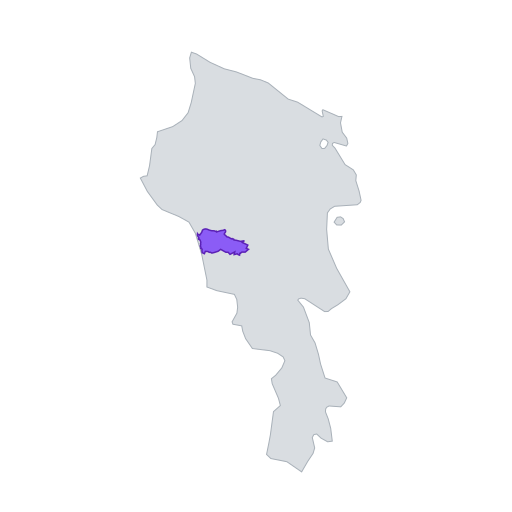 location of Artashat, Ararat, Armenia, rotated 32°
{"feature_id": "60910142B11661683743390", "entity_name": "Artashat", "entity_type": "district", "adm_level": 2, "iso_a3": "ARM", "parent_name": "Armenia", "parent_adm1": "Ararat", "projection": "mercator", "projection_center": [44.574, 40.021], "detail": "fine", "context": "in_parent", "style": "filled", "palette": "violet", "viewbox_px": 512, "rotation_deg": 32, "n_neighbors": 0, "source": "geoboundaries", "source_scale": "gbopen_adm2", "svg_char_len": 3730}
<svg xmlns="http://www.w3.org/2000/svg" viewBox="0 0 512 512"><g transform="rotate(32 256 256)"><path d="M230.8,308.3L227.2,302.5L209.2,283.5L192.6,268.9L181.2,262.8L169.6,263.4L151.8,266.4L145.2,265.1L129.6,258.8L116.6,251.2L118.4,248.0L121.2,245.7L117.9,235.9L110.7,220.0L111.4,215.0L109.1,208.1L106.6,202.8L116.8,190.4L121.5,180.3L122.5,170.5L119.8,160.3L113.1,141.8L108.9,136.5L101.2,131.4L94.8,123.2L93.2,117.4L98.6,116.2L114.5,116.1L129.8,114.1L141.8,110.3L159.2,107.0L166.4,104.2L174.7,102.8L200.2,105.9L209.7,103.5L238.3,103.1L239.1,101.9L235.2,97.9L235.2,96.5L252.2,94.0L254.9,92.1L257.1,98.3L263.5,105.3L270.5,108.0L274.3,111.9L274.4,114.8L262.1,118.3L261.2,120.0L262.0,121.7L265.7,122.6L283.1,131.3L292.9,131.4L298.1,134.1L300.7,139.2L309.0,146.3L315.6,153.1L316.0,155.4L314.7,158.9L296.3,172.2L294.0,176.8L293.7,181.6L301.8,196.0L313.7,211.8L330.9,223.7L354.6,236.6L354.9,244.6L351.2,254.1L347.9,260.6L346.5,264.9L343.6,266.8L320.0,266.4L316.5,267.9L314.9,269.8L314.8,271.3L323.3,274.2L336.5,284.3L344.1,294.1L352.1,298.4L361.0,306.2L368.1,313.5L379.2,322.9L391.6,319.8L408.1,328.2L408.8,333.9L407.8,339.0L397.4,344.5L396.1,346.8L396.1,348.7L397.5,351.4L403.6,355.9L410.7,362.6L418.8,372.6L415.2,375.6L407.7,376.0L401.8,374.8L399.7,376.8L399.9,380.1L407.5,387.7L409.0,393.2L408.7,402.8L409.1,414.9L391.2,414.1L375.9,419.9L370.1,418.7L366.3,408.5L363.0,400.1L353.3,378.7L355.9,369.9L350.5,364.8L337.4,355.7L334.1,351.9L335.9,346.7L337.2,337.2L336.0,329.5L332.5,327.2L325.9,327.0L318.0,328.9L302.0,336.4L291.0,331.6L284.6,326.8L280.9,322.8L272.6,326.1L270.6,324.5L270.1,314.6L267.6,309.2L262.7,303.0L258.0,300.0L241.0,306.2L230.8,308.3ZM257.2,128.4L257.7,124.7L256.9,121.4L254.2,120.4L250.8,121.2L250.5,124.9L251.5,128.4L255.0,129.9L257.2,128.4ZM311.9,184.6L308.0,186.9L304.3,185.9L304.3,180.2L307.0,178.0L310.1,178.1L313.0,180.1L311.9,184.6Z" fill="#d9dde1" stroke="#a8b0b8" stroke-width="1"/><path d="M215.5,250.3L214.5,251.7L212.7,253.1L209.8,256.5L209.1,256.0L208.6,256.6L207.2,256.8L204.9,258.1L204.3,258.3L202.6,258.8L200.6,259.1L199.4,259.5L198.3,260.2L197.3,261.4L196.9,262.5L197.2,263.7L197.4,264.7L197.2,268.1L196.5,267.9L195.5,268.5L194.6,268.1L194.7,268.3L194.8,268.4L194.8,268.5L195.0,268.8L195.0,269.0L195.3,269.3L195.5,269.6L195.9,269.8L196.1,269.9L196.3,270.1L196.7,270.3L197.0,270.4L197.9,270.9L198.0,271.1L198.0,271.4L198.0,271.7L198.0,271.9L198.2,272.1L198.4,272.2L198.7,272.3L198.9,272.2L199.1,272.1L199.2,271.9L199.5,271.9L199.8,272.0L200.1,272.3L200.5,272.4L200.6,272.6L201.0,272.8L201.3,273.0L201.5,273.2L201.7,273.4L201.9,273.7L202.1,273.9L202.2,274.1L202.3,274.3L202.3,274.5L202.4,274.8L202.4,275.0L202.5,275.2L202.8,275.4L203.0,275.5L203.2,275.8L203.3,276.1L203.3,276.4L203.3,276.6L203.3,276.8L203.6,277.1L203.7,277.3L203.9,277.5L204.2,277.6L204.5,277.6L204.7,277.8L204.9,278.1L205.0,278.5L205.1,278.8L205.2,279.0L205.4,279.0L205.5,278.9L205.8,278.8L206.0,278.8L206.4,278.7L206.7,278.8L206.9,279.1L207.0,279.5L207.1,279.8L207.3,280.1L207.4,280.4L207.6,280.6L207.8,280.8L208.0,280.9L208.5,281.7L211.0,281.4L210.6,278.9L213.0,277.6L214.3,277.7L215.4,277.0L217.0,276.9L218.8,275.1L221.4,272.0L222.5,269.1L228.4,268.8L230.4,267.6L233.1,268.4L235.8,263.8L236.3,265.6L236.7,266.4L238.9,264.1L240.2,264.3L241.6,264.0L240.9,262.6L241.0,261.9L241.4,261.9L241.9,260.2L244.8,258.4L246.1,254.3L243.7,254.7L243.3,251.1L239.6,251.5L237.6,251.8L237.0,251.7L238.1,249.2L235.9,251.1L235.4,251.6L234.2,252.1L231.0,253.1L228.9,254.1L228.4,253.6L227.7,253.6L226.9,254.1L226.5,253.9L225.9,254.5L222.6,254.6L221.3,255.2L220.8,255.0L220.0,254.9L219.2,254.6L218.1,254.6L217.5,254.3L217.3,253.7L217.4,251.7L217.2,251.2L216.6,250.5L216.0,250.3L215.5,250.3Z" fill="#8b5cf6" stroke="#5b21b6" stroke-width="1.5"/></g></svg>